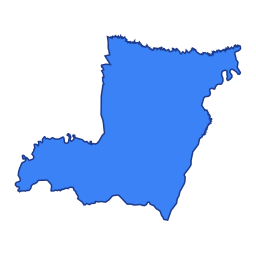 outline of Tha Tum, Surin, Thailand
{"feature_id": "78962969B22875255730199", "entity_name": "Tha Tum", "entity_type": "district", "adm_level": 2, "iso_a3": "THA", "parent_name": "Thailand", "parent_adm1": "Surin", "projection": "albers", "projection_center": [103.652, 15.311], "detail": "fine", "context": "isolated", "style": "filled", "palette": "blue", "viewbox_px": 256, "rotation_deg": 0, "n_neighbors": 0, "source": "geoboundaries", "source_scale": "gbopen_adm2", "svg_char_len": 5718}
<svg xmlns="http://www.w3.org/2000/svg" viewBox="0 0 256 256"><path d="M167.7,220.1L171.1,210.4L176.5,203.3L177.2,199.1L179.0,195.5L179.9,191.5L183.9,184.4L184.8,182.0L185.2,177.1L184.4,175.6L184.2,174.3L189.3,167.7L191.0,164.8L191.1,160.3L192.8,151.8L198.3,144.4L199.6,138.6L202.0,136.9L202.7,135.6L202.4,135.1L203.2,135.0L203.7,134.2L204.3,134.7L205.3,134.0L204.6,133.1L204.8,132.0L205.9,131.9L205.1,130.9L206.5,129.7L206.0,129.1L207.0,128.9L206.7,127.7L207.4,127.3L207.4,126.3L208.7,124.7L208.5,124.1L209.6,124.0L209.9,123.3L210.8,123.1L210.3,121.3L211.2,121.1L210.5,120.2L211.0,120.1L211.0,119.1L211.6,119.0L211.4,118.6L209.4,118.6L210.2,116.1L209.0,115.7L209.3,114.4L208.1,114.3L208.1,112.3L207.3,111.6L207.1,110.4L205.2,109.8L204.9,110.2L201.7,105.4L203.7,98.1L205.0,96.7L208.3,96.3L209.8,95.2L210.4,93.3L209.6,90.2L210.0,88.9L211.7,88.2L213.9,89.1L214.7,89.0L215.5,86.7L216.8,85.0L218.0,84.2L221.0,84.2L221.9,83.4L223.0,81.1L222.8,78.0L221.8,75.9L221.6,73.7L221.9,72.2L223.2,70.8L225.4,70.2L227.0,71.1L227.0,75.3L227.5,76.9L226.8,78.6L227.2,79.9L227.9,80.5L230.1,79.3L232.0,77.0L231.8,75.0L230.0,72.5L230.1,70.4L230.8,69.5L232.1,69.2L234.6,70.5L236.8,72.3L238.1,74.2L239.2,74.3L240.1,73.6L240.3,72.4L237.2,67.3L238.0,62.4L236.2,59.7L234.7,52.9L235.3,52.0L238.4,50.8L240.2,49.3L240.6,48.2L240.1,46.0L237.1,45.0L237.9,45.5L238.0,46.5L237.1,46.9L237.1,45.8L236.1,46.2L235.5,45.1L234.9,45.4L235.4,46.5L234.2,46.3L233.3,48.6L231.4,47.2L231.2,47.5L231.7,47.9L230.8,47.9L230.0,49.0L228.8,48.6L228.6,47.5L228.0,47.2L228.2,49.0L226.8,49.2L226.9,48.3L226.2,48.2L226.6,49.8L226.2,50.0L225.7,49.5L225.3,51.0L224.6,49.8L223.9,51.1L223.9,50.0L223.2,49.6L222.0,50.7L221.3,50.7L220.8,51.8L219.9,51.6L220.0,50.8L218.7,50.1L218.2,50.2L217.4,51.9L216.8,50.9L216.4,51.7L215.1,52.4L214.5,51.6L213.3,51.3L213.0,51.9L213.7,52.4L213.6,53.0L213.2,53.3L212.6,52.7L213.0,54.5L212.0,54.0L211.6,55.6L210.2,54.9L209.4,55.7L209.1,55.3L209.7,54.0L209.1,53.9L208.1,54.4L207.7,53.0L206.4,53.5L205.2,52.8L203.1,52.7L203.1,54.1L202.0,54.6L201.3,53.9L200.8,54.4L199.5,54.0L196.8,52.0L196.0,51.0L195.9,50.1L194.4,49.1L193.9,49.9L193.4,48.6L192.6,48.2L192.7,49.2L191.6,49.1L191.6,50.6L190.4,51.0L189.3,52.8L188.3,52.4L186.2,50.2L186.0,51.9L185.0,53.4L182.7,51.8L181.3,53.8L180.4,53.6L179.6,51.6L176.7,48.6L175.9,49.1L176.3,50.1L175.8,50.9L173.6,48.7L172.5,48.4L172.4,49.0L173.0,49.8L173.1,50.7L170.0,51.7L169.2,51.2L169.1,50.1L168.5,49.5L165.7,50.8L165.2,49.8L164.5,49.8L164.4,48.8L163.6,48.6L163.3,49.9L161.7,49.4L161.4,48.9L162.0,47.9L161.4,47.3L160.8,47.7L160.4,49.3L159.3,48.0L158.4,48.8L157.5,48.5L157.0,49.4L156.6,48.4L154.1,48.0L154.2,48.7L153.7,48.7L153.6,49.8L152.1,50.3L151.8,49.1L149.7,49.0L149.7,47.5L149.0,47.7L147.9,46.8L147.1,45.3L147.0,45.8L146.3,45.8L146.4,46.4L145.3,47.2L143.6,46.3L143.0,46.7L142.4,45.9L141.8,46.1L141.6,45.0L140.9,45.0L141.1,44.3L139.9,43.9L139.9,43.1L139.0,43.6L139.1,42.2L138.6,42.6L134.9,43.1L135.4,42.5L134.5,42.1L134.5,41.0L133.9,41.9L134.1,42.5L133.0,42.8L132.6,42.3L132.1,42.8L131.7,42.3L130.7,42.9L130.4,41.9L129.6,42.5L129.2,41.9L128.3,42.5L128.4,41.8L127.5,41.9L127.1,41.4L125.7,41.1L125.8,40.5L126.6,40.6L126.9,39.9L125.0,38.1L124.7,37.1L123.2,38.2L121.8,38.4L122.1,37.7L122.9,37.7L123.0,37.4L121.9,36.9L121.1,37.2L120.7,36.0L120.3,37.1L119.3,37.9L118.3,37.7L118.8,36.7L118.3,36.0L117.3,37.4L115.6,35.9L115.4,36.7L114.5,36.3L114.1,36.9L112.4,36.3L111.9,37.2L112.4,37.7L112.2,38.1L111.7,37.5L111.3,37.9L110.7,37.1L110.0,37.7L107.5,36.7L108.2,41.9L108.2,48.1L109.5,52.2L109.1,52.3L109.7,54.8L105.0,56.0L110.4,64.6L105.9,64.2L101.5,65.2L101.4,65.6L101.9,67.2L102.5,67.0L103.7,69.8L101.7,70.7L103.3,73.8L103.9,77.2L102.6,77.4L102.9,81.3L103.8,84.4L103.0,84.7L101.3,96.0L101.1,114.8L103.2,121.1L104.5,133.3L102.4,135.2L99.3,140.7L97.2,143.3L95.4,144.0L92.9,143.6L91.4,144.6L90.9,144.4L91.5,142.1L91.2,141.5L90.3,141.5L89.9,143.3L88.8,143.7L86.9,141.5L84.7,141.8L82.1,139.6L75.5,137.8L75.0,137.4L74.7,135.5L73.9,135.0L73.1,135.2L72.8,136.0L74.1,137.8L73.9,139.2L72.3,140.7L70.9,141.1L70.1,139.9L70.8,136.8L69.7,134.5L68.5,133.8L67.5,134.2L67.2,135.1L69.1,136.3L69.4,137.6L68.3,142.4L67.0,143.4L64.5,142.6L64.0,138.6L63.6,137.4L62.9,137.0L59.0,139.1L55.4,139.1L52.6,137.7L51.2,138.3L50.4,139.2L49.5,139.3L47.7,138.4L45.8,138.7L45.0,137.0L44.4,136.8L42.4,139.4L42.7,141.6L42.3,142.5L41.6,142.7L40.5,141.4L38.4,141.6L38.7,143.6L38.3,145.7L37.7,145.7L37.4,144.9L36.5,144.5L34.7,144.2L34.2,144.6L34.9,148.2L34.0,149.2L33.8,150.8L31.9,154.0L33.8,156.5L33.6,158.1L32.8,159.2L29.1,160.4L27.4,158.2L24.8,156.8L23.9,155.5L23.0,155.3L22.4,155.8L22.8,158.7L23.9,159.1L25.5,158.5L25.9,159.0L25.7,160.2L25.0,161.3L21.9,163.0L19.4,169.0L18.5,172.7L18.3,175.4L20.1,178.5L20.2,180.7L19.5,181.4L16.3,182.5L15.5,183.6L15.4,185.0L17.2,186.9L18.5,186.8L19.3,187.3L19.5,188.7L18.2,189.5L18.0,190.8L19.5,191.3L19.6,191.7L21.1,191.0L24.4,190.8L25.4,191.1L26.3,190.6L29.0,190.4L30.7,188.5L31.4,185.6L33.5,183.8L34.3,183.9L36.8,182.5L38.3,180.4L46.8,180.1L47.7,180.5L51.4,184.7L51.6,186.9L51.0,190.2L51.3,191.0L54.1,190.8L55.5,190.1L57.6,190.6L58.7,189.8L60.3,190.7L60.6,190.1L61.5,190.0L61.6,189.3L62.6,189.1L63.0,189.4L64.9,188.8L65.2,188.2L68.2,188.5L68.4,187.9L70.8,187.1L73.4,187.7L73.9,189.9L75.7,191.6L76.2,193.3L78.2,196.3L78.2,197.4L77.6,198.6L82.2,202.0L84.0,204.9L85.2,204.8L86.7,203.5L89.5,204.6L91.7,203.3L93.9,203.4L95.3,202.8L95.2,201.8L95.6,201.4L98.0,201.9L101.0,201.5L105.6,202.1L109.0,199.8L112.6,195.7L118.0,195.0L119.7,196.2L127.2,204.1L131.8,204.1L132.6,204.7L134.8,205.0L140.4,204.5L142.2,205.3L144.5,205.6L146.3,204.7L147.7,202.2L149.2,202.1L150.3,204.3L153.8,205.6L156.4,208.8L159.1,210.3L160.3,211.6L161.6,215.5L162.8,217.0L163.9,219.4L167.7,220.1Z" fill="#3b82f6" stroke="#1e3a8a" stroke-width="1.5"/></svg>